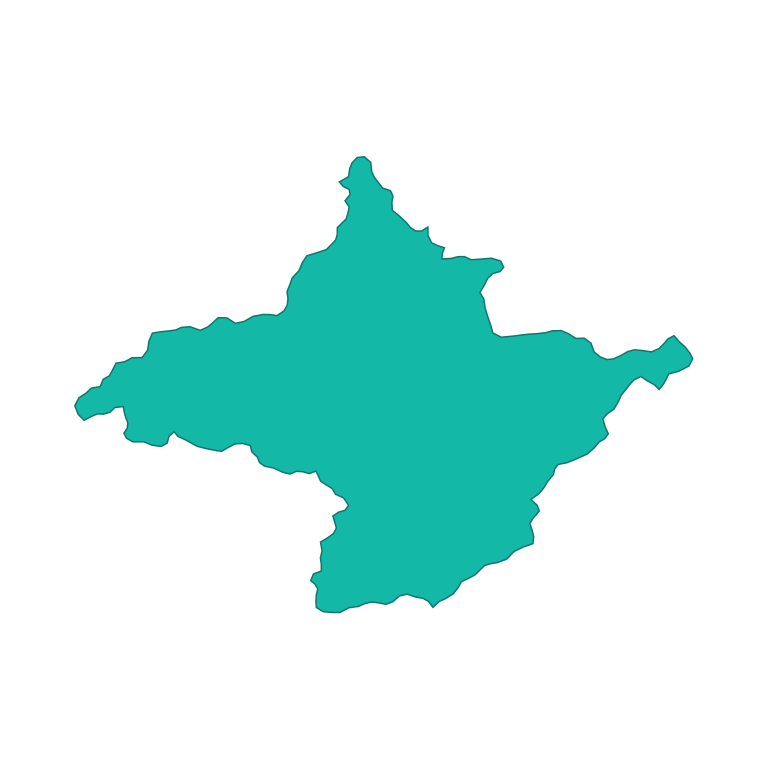 outline of São José do Jacuri, Minas Gerais, Brazil, rotated 82°
{"feature_id": "56859067B60051693205598", "entity_name": "São José do Jacuri", "entity_type": "district", "adm_level": 2, "iso_a3": "BRA", "parent_name": "Brazil", "parent_adm1": "Minas Gerais", "projection": "natural_earth1", "projection_center": [-42.674, -18.243], "detail": "fine", "context": "isolated", "style": "filled", "palette": "teal", "viewbox_px": 768, "rotation_deg": 82, "n_neighbors": 0, "source": "geoboundaries", "source_scale": "gbopen_adm2", "svg_char_len": 3378}
<svg xmlns="http://www.w3.org/2000/svg" viewBox="0 0 768 768"><g transform="rotate(82 384 384)"><path d="M295.2,538.9L300.1,545.9L303.1,550.9L305.3,558.5L300.3,568.1L299.7,576.7L301.5,582.5L301.5,589.7L301.2,597.7L301.4,606.3L309.0,610.9L317.5,613.3L324.2,619.9L322.9,629.8L325.9,637.6L326.1,646.5L332.6,651.0L337.6,654.8L340.3,661.4L347.1,665.4L347.3,674.3L351.6,680.4L355.2,688.0L362.5,693.2L371.7,691.0L378.2,686.0L375.5,678.6L373.7,672.0L374.8,666.0L373.9,659.3L369.8,653.7L370.1,645.2L375.7,645.2L381.3,644.4L387.0,643.1L392.0,644.4L396.5,648.4L401.9,646.5L406.4,640.6L407.8,629.9L412.3,622.2L414.8,613.5L412.3,606.9L405.8,604.2L402.1,598.4L407.2,595.4L411.7,588.3L416.1,582.5L419.8,577.4L422.9,569.8L425.8,561.8L428.1,554.1L425.2,547.2L422.6,539.9L423.2,532.3L426.3,525.0L432.8,524.3L439.0,519.4L444.3,518.3L448.6,513.9L452.0,504.7L457.3,496.5L460.1,489.5L458.3,483.1L459.5,476.8L462.3,470.6L460.8,463.5L466.0,461.8L471.6,460.2L475.8,455.3L480.3,449.9L486.5,447.3L491.1,439.9L499.2,435.9L503.7,440.3L504.5,446.5L507.6,453.0L513.8,452.0L520.0,451.2L525.1,454.9L528.7,461.8L531.7,468.9L540.5,468.5L547.5,471.2L553.4,471.1L560.5,472.1L562.2,480.2L568.6,484.0L572.5,480.2L577.7,478.1L583.8,480.5L590.0,481.7L595.9,482.1L601.0,475.8L603.0,467.5L604.1,459.2L600.7,450.0L600.7,440.3L598.7,433.3L598.2,426.4L600.1,419.4L602.4,412.8L601.0,405.8L596.0,398.2L595.4,390.1L599.3,382.5L601.6,375.3L605.5,370.2L612.0,366.6L606.9,359.4L605.0,352.6L601.4,344.7L595.4,338.4L590.6,335.0L588.1,327.1L585.6,320.4L581.6,314.9L577.7,309.6L576.8,303.2L576.6,296.6L574.5,286.9L568.0,278.6L564.8,268.9L562.8,258.7L556.0,257.0L549.2,257.7L542.5,259.0L538.0,255.4L531.5,247.9L525.3,249.2L518.8,254.7L514.1,245.8L509.1,240.2L503.4,235.6L497.2,228.8L491.9,226.8L487.9,222.9L487.4,213.8L485.4,205.6L483.4,198.7L481.7,192.6L477.0,185.4L471.3,178.8L468.7,172.8L464.6,168.8L457.2,171.0L448.9,172.1L444.6,167.1L440.9,159.8L434.2,154.5L428.1,150.6L423.2,145.3L418.8,140.9L414.8,136.0L412.3,128.6L417.9,122.3L422.4,116.3L427.7,112.3L423.2,107.4L418.4,103.8L413.6,100.7L412.3,90.1L408.6,79.5L402.1,74.8L396.3,76.7L389.5,80.5L383.2,85.8L376.5,90.1L378.8,96.4L382.7,100.8L387.0,106.4L389.5,114.6L386.6,124.3L385.0,131.3L385.8,138.2L388.6,144.9L391.1,153.6L390.8,159.8L387.3,166.1L381.6,171.4L372.3,173.4L366.5,179.3L365.6,187.7L359.9,194.3L355.7,201.3L354.8,210.0L355.7,216.6L355.4,226.9L354.8,233.5L354.6,241.1L354.6,247.9L354.0,261.3L348.7,269.1L341.0,270.1L331.2,272.0L322.3,273.3L313.8,273.3L306.7,276.3L300.6,271.3L293.8,266.6L289.8,261.0L288.7,253.2L285.0,249.2L278.5,251.3L274.4,260.0L273.8,270.8L273.1,280.3L269.0,286.7L268.2,293.0L269.0,299.9L268.2,309.4L262.5,307.9L257.5,305.2L254.2,312.1L250.8,317.2L242.9,319.8L234.7,318.7L237.8,325.7L236.7,331.8L232.5,336.3L227.4,339.3L220.3,345.0L213.1,351.6L205.2,350.9L199.0,349.0L193.4,350.7L189.8,358.1L183.8,361.5L177.7,364.9L172.2,366.6L162.7,366.3L156.2,371.9L156.0,379.1L160.5,384.8L165.8,387.9L173.8,390.3L177.6,400.1L182.4,397.1L186.4,391.4L191.6,391.2L197.1,397.1L203.8,393.9L209.5,395.8L215.3,398.5L218.7,403.1L222.7,408.5L229.1,409.4L234.5,411.7L238.4,416.4L242.9,422.5L244.6,431.7L246.3,442.6L252.8,448.2L259.8,452.2L266.0,460.0L272.8,463.6L279.2,467.2L286.2,467.2L292.7,468.9L297.7,472.9L301.4,480.5L299.4,487.1L298.3,494.1L298.8,504.3L302.6,513.9L303.3,522.7L296.7,530.3L295.2,538.9Z" fill="#14b8a6" stroke="#0f766e" stroke-width="1.5"/></g></svg>